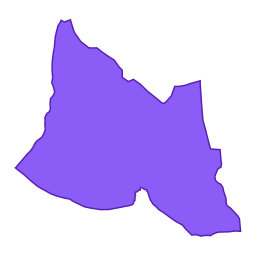 Dhi As Sufal, Ibb, Yemen
{"feature_id": "15242507B30509231446221", "entity_name": "Dhi As Sufal", "entity_type": "district", "adm_level": 2, "iso_a3": "YEM", "parent_name": "Yemen", "parent_adm1": "Ibb", "projection": "orthographic", "projection_center": [44.071, 13.832], "detail": "fine", "context": "isolated", "style": "filled", "palette": "violet", "viewbox_px": 256, "rotation_deg": 0, "n_neighbors": 0, "source": "geoboundaries", "source_scale": "gbopen_adm2", "svg_char_len": 3585}
<svg xmlns="http://www.w3.org/2000/svg" viewBox="0 0 256 256"><path d="M61.1,20.3L60.5,21.8L58.0,25.8L56.8,30.4L56.0,33.6L55.9,34.3L55.6,35.5L55.3,36.7L55.2,38.3L54.7,43.0L54.6,44.2L54.3,47.8L53.6,51.4L53.5,51.6L53.1,55.0L52.3,61.2L52.1,65.8L52.1,69.7L52.1,70.0L52.2,71.6L52.3,72.5L52.4,74.6L52.7,77.0L52.7,77.4L52.7,77.5L52.5,78.7L52.4,79.1L52.3,79.9L52.0,81.3L51.8,82.6L51.8,82.9L53.1,85.9L54.0,89.3L54.1,89.7L54.1,89.8L54.3,90.4L54.4,90.8L54.7,92.0L54.0,94.0L52.7,96.1L52.3,96.8L51.3,97.6L50.9,98.3L50.5,99.0L50.3,100.8L50.3,101.0L50.1,102.5L50.1,103.1L50.1,104.6L50.2,106.3L50.4,108.6L50.0,110.1L49.8,110.6L49.1,111.9L47.5,113.1L46.9,113.5L46.2,114.8L45.5,116.1L45.2,116.9L44.9,117.9L44.8,118.2L45.1,119.2L44.9,124.7L45.3,129.4L43.9,133.5L41.5,137.8L41.0,137.9L40.9,137.9L39.7,138.8L38.7,139.6L37.4,140.6L36.7,141.3L35.0,143.3L33.0,147.2L30.9,150.5L27.5,153.8L16.0,167.3L15.4,167.8L15.7,168.1L16.9,169.1L17.8,169.8L20.7,172.1L21.2,172.4L21.8,172.9L23.9,174.5L24.8,175.3L25.7,176.2L27.0,177.3L29.3,179.4L29.4,179.5L31.2,181.1L32.3,182.0L36.8,185.7L37.7,186.4L41.1,188.4L43.7,189.8L50.3,193.5L50.5,193.6L56.0,195.8L62.6,197.6L65.9,198.4L69.6,199.0L73.6,201.6L84.6,206.8L91.2,208.2L94.1,208.6L100.6,209.6L108.7,209.5L123.7,206.7L124.2,206.6L124.7,206.3L127.3,206.0L128.9,205.7L130.9,205.0L132.3,204.7L133.2,203.8L133.9,201.6L134.3,200.6L134.9,200.5L134.8,200.0L134.9,199.1L135.1,198.4L135.0,198.0L134.9,197.1L135.1,196.3L135.4,196.0L135.5,195.2L135.5,194.5L135.2,194.2L135.0,193.6L135.2,192.5L135.8,192.0L136.3,191.9L136.7,191.9L137.0,191.9L137.4,191.4L137.6,190.9L138.3,190.8L138.8,190.2L139.5,189.8L139.9,190.0L140.1,190.1L140.4,190.0L140.4,189.5L140.3,189.0L140.2,188.3L140.4,188.1L141.0,187.5L141.8,187.6L142.6,188.2L144.3,189.4L146.8,189.9L146.8,191.0L147.9,192.4L149.1,196.5L150.6,200.3L153.2,204.3L156.6,207.2L158.8,209.6L163.2,212.4L163.3,212.4L169.1,216.7L175.9,221.5L176.6,221.9L181.3,224.4L182.6,225.2L183.0,225.7L185.3,228.6L190.7,234.0L191.6,235.0L191.8,235.1L192.5,235.0L193.8,234.8L195.0,234.6L197.8,235.1L198.5,235.3L200.4,235.9L201.4,236.2L202.3,235.6L206.6,235.5L207.3,235.3L207.6,235.1L208.7,235.1L209.5,235.7L210.5,235.6L213.0,234.1L215.2,233.1L218.5,232.1L228.8,231.8L233.6,231.2L235.4,231.0L240.6,231.3L239.4,218.7L238.3,216.6L238.2,216.3L235.9,213.9L235.5,213.4L231.8,209.5L230.4,208.0L227.0,205.6L226.2,203.3L226.0,199.8L226.0,199.3L226.0,198.5L224.4,193.6L224.2,193.0L223.8,192.0L223.7,191.6L223.6,191.1L223.5,190.9L223.5,190.7L222.8,187.3L222.7,187.2L221.6,185.6L221.0,184.6L220.7,184.2L219.1,183.5L216.9,181.9L215.5,180.3L214.8,176.4L217.7,169.1L221.0,167.0L221.5,163.5L221.0,161.0L220.1,149.7L219.6,149.6L210.5,149.0L209.4,144.7L208.2,140.3L207.2,136.5L207.1,135.9L206.9,135.3L205.5,129.7L203.8,123.4L202.9,120.1L202.9,119.9L202.4,114.2L202.2,112.1L202.0,109.6L201.6,104.2L201.5,103.5L201.3,99.7L200.4,86.8L200.3,85.5L200.2,84.1L200.2,83.5L200.2,80.8L191.3,83.3L189.6,83.8L185.2,85.3L180.3,86.2L179.1,86.4L176.3,86.4L174.8,86.4L171.2,96.1L165.5,102.4L162.8,103.6L148.4,91.9L147.7,91.6L147.0,90.9L146.4,90.2L140.6,84.5L139.1,83.4L138.2,82.7L135.0,80.5L134.0,79.8L133.5,79.4L129.0,81.3L128.4,81.5L128.4,81.4L126.8,80.4L126.6,80.3L125.9,79.8L123.2,78.0L122.3,77.4L122.3,76.5L122.3,74.5L122.3,70.3L120.8,68.7L120.7,68.6L119.3,67.3L119.3,67.2L118.7,66.4L117.9,65.3L116.1,62.8L116.0,62.6L115.3,61.7L114.2,60.1L108.1,56.2L102.0,52.0L97.0,48.0L96.9,47.9L92.5,48.0L90.8,48.0L88.3,47.6L87.2,46.5L85.6,45.4L84.6,44.6L80.5,41.4L79.8,40.1L79.6,39.9L74.3,32.3L71.5,23.6L70.4,19.8L64.4,22.0L62.5,21.0L61.1,20.3Z" fill="#8b5cf6" stroke="#5b21b6" stroke-width="1.5"/></svg>